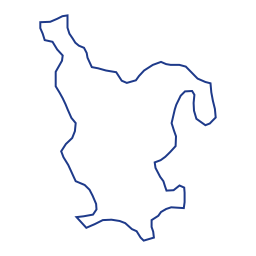 outline of Neo Chorio Lefkosias, Cyprus
{"feature_id": "46923920B66080060660819", "entity_name": "Neo Chorio Lefkosias", "entity_type": "district", "adm_level": 2, "iso_a3": "CYP", "parent_name": "Cyprus", "parent_adm1": "", "projection": "equal_earth", "projection_center": [33.459, 35.22], "detail": "fine", "context": "isolated", "style": "outline", "palette": "blue", "viewbox_px": 256, "rotation_deg": 0, "n_neighbors": 0, "source": "geoboundaries", "source_scale": "gbopen_adm2", "svg_char_len": 1476}
<svg xmlns="http://www.w3.org/2000/svg" viewBox="0 0 256 256"><path d="M76.5,217.1L86.3,227.8L95.0,224.0L102.8,220.1L111.5,219.7L119.7,221.0L125.2,223.1L131.9,229.1L136.6,231.2L140.6,237.6L143.7,240.6L153.9,237.6L153.2,231.7L151.6,227.0L151.6,220.1L158.3,215.8L161.0,212.0L166.1,209.0L171.2,207.3L183.8,208.1L184.6,202.1L184.6,192.7L184.2,187.6L179.5,185.5L173.6,190.2L166.5,190.6L165.0,186.3L163.4,181.2L160.2,176.9L155.5,167.9L154.7,162.4L160.6,160.2L165.3,156.8L170.1,152.1L175.6,146.1L176.0,136.3L174.0,130.7L171.6,123.1L174.8,109.4L176.3,104.7L180.7,95.7L185.0,91.4L192.1,91.0L194.4,94.8L193.6,103.0L194.0,110.7L196.4,118.8L205.4,125.2L209.8,123.5L212.3,120.9L215.7,117.5L214.9,108.9L212.9,100.8L211.3,92.3L210.5,83.3L205.4,82.0L197.6,78.6L195.0,76.0L191.7,72.6L185.8,66.6L179.5,64.9L170.8,64.9L166.1,64.1L161.0,61.9L152.8,64.9L144.1,70.5L139.0,76.0L135.9,80.3L126.8,82.9L121.7,80.7L116.2,72.2L106.0,70.5L98.1,68.3L91.8,67.1L87.5,57.7L86.7,53.0L84.0,47.8L78.9,45.7L75.3,42.7L72.6,38.4L69.4,33.7L67.5,27.7L67.5,21.3L67.5,15.4L62.4,16.2L57.2,18.8L50.2,21.8L40.3,22.2L40.3,28.2L42.7,33.7L44.7,40.1L52.5,41.8L57.2,49.5L62.7,55.5L62.0,60.7L55.7,71.8L55.7,78.6L55.7,86.3L59.6,92.7L62.7,98.3L65.5,104.2L67.8,109.8L71.4,117.9L75.7,123.1L74.9,131.2L72.2,138.0L65.9,144.0L61.2,151.3L63.5,157.3L68.2,164.9L70.6,170.1L73.7,176.9L75.7,181.2L84.7,185.0L89.5,189.7L92.6,195.7L96.1,203.9L96.5,209.4L93.0,214.6L83.6,216.3L76.5,217.1Z" fill="none" stroke="#1e3a8a" stroke-width="2"/></svg>